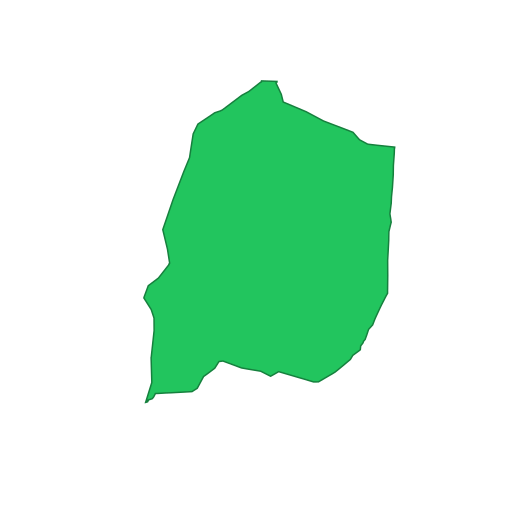 Kadugli, South Kordufan, Sudan (Albers equal-area conic projection), rotated 233°
{"feature_id": "16777658B74518908482161", "entity_name": "Kadugli", "entity_type": "district", "adm_level": 2, "iso_a3": "SDN", "parent_name": "Sudan", "parent_adm1": "South Kordufan", "projection": "albers", "projection_center": [29.536, 11.093], "detail": "fine", "context": "isolated", "style": "filled", "palette": "green", "viewbox_px": 512, "rotation_deg": 233, "n_neighbors": 0, "source": "geoboundaries", "source_scale": "gbopen_adm2", "svg_char_len": 2203}
<svg xmlns="http://www.w3.org/2000/svg" viewBox="0 0 512 512"><g transform="rotate(233 256 256)"><path d="M382.8,377.8L392.5,365.8L391.8,365.1L391.8,364.8L392.0,364.5L391.7,349.3L392.9,341.3L392.9,341.2L392.9,316.8L393.2,315.8L393.2,315.5L393.2,315.2L395.2,309.3L395.3,307.9L395.3,307.0L396.3,289.0L391.3,279.3L380.6,268.3L374.5,262.1L374.1,261.4L366.7,248.9L351.0,223.8L333.4,197.8L333.1,197.4L314.7,189.4L302.2,182.7L301.9,181.5L301.5,181.3L297.1,164.8L297.1,152.7L297.1,152.1L290.4,141.7L290.2,141.7L289.9,141.2L276.3,140.1L267.8,137.2L257.7,129.7L238.4,111.6L238.0,111.1L218.0,96.9L217.7,96.7L211.1,87.5L206.2,80.7L205.5,79.7L205.4,79.9L204.8,81.7L205.0,82.0L205.1,82.3L205.6,83.4L205.9,82.7L206.0,82.2L206.2,82.4L205.7,83.7L204.5,87.1L204.8,88.7L205.1,89.6L206.7,92.9L206.3,93.5L205.5,94.6L201.2,101.1L198.5,105.0L198.4,105.1L188.4,120.0L186.2,123.3L186.0,126.1L185.7,129.4L186.1,130.3L191.3,141.6L191.2,146.0L191.2,155.1L191.2,155.5L194.0,162.9L192.0,166.4L175.4,177.0L171.3,180.8L161.2,190.4L151.2,195.3L150.6,199.7L150.0,204.5L148.8,205.4L133.2,217.0L129.2,220.0L120.9,226.1L117.9,230.1L116.3,243.8L116.1,245.2L115.7,249.4L115.9,255.2L116.6,269.1L118.4,273.5L118.3,282.3L118.4,282.9L118.7,283.2L121.2,285.5L121.4,286.2L121.9,288.1L122.0,288.6L122.2,289.0L122.3,289.2L122.4,289.4L123.2,290.6L123.3,291.1L123.7,293.0L124.0,293.4L126.2,296.8L129.4,301.4L129.6,301.8L129.8,302.3L129.8,302.5L130.8,307.8L131.1,308.2L133.9,312.7L134.2,313.2L135.8,316.1L137.4,319.1L140.9,325.7L141.0,326.0L141.4,326.7L144.0,332.1L144.7,333.5L144.8,333.7L145.4,335.0L145.8,335.8L146.9,338.3L147.0,338.6L148.6,339.8L149.2,340.2L149.4,340.4L150.8,341.5L161.3,349.6L164.0,351.6L173.4,358.6L181.8,365.7L188.6,371.4L191.7,373.8L195.5,376.8L199.7,381.9L201.7,384.4L201.8,384.4L202.2,384.6L204.3,385.8L209.1,388.3L215.8,394.8L216.7,395.7L221.8,399.9L228.5,406.1L238.5,414.7L239.7,415.6L245.6,420.2L255.0,428.4L259.0,431.6L258.9,431.8L259.5,432.3L271.8,419.1L278.1,412.5L285.9,408.9L286.7,408.6L296.4,407.9L298.2,406.8L323.3,391.1L341.0,382.9L362.4,370.5L362.6,370.4L369.9,373.5L381.9,376.0L382.4,376.4L382.6,376.5L382.9,376.8L382.4,377.5L382.6,377.6L382.8,377.8Z" fill="#22c55e" stroke="#15803d" stroke-width="1.5"/></g></svg>